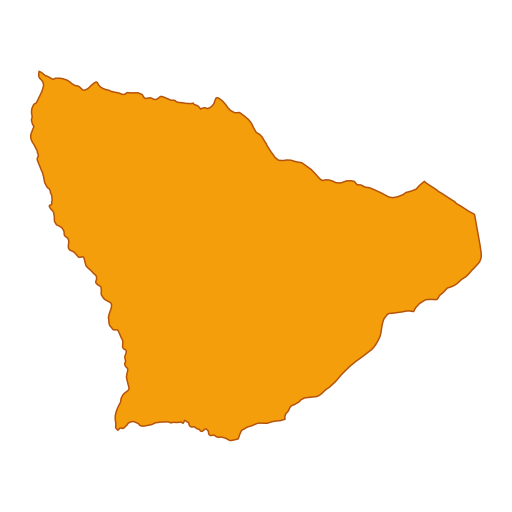 outline of Consacá, Nariño, Colombia
{"feature_id": "7082276B44735629456030", "entity_name": "Consacá", "entity_type": "district", "adm_level": 2, "iso_a3": "COL", "parent_name": "Colombia", "parent_adm1": "Nariño", "projection": "robinson", "projection_center": [-77.462, 1.209], "detail": "fine", "context": "isolated", "style": "filled", "palette": "amber", "viewbox_px": 512, "rotation_deg": 0, "n_neighbors": 0, "source": "geoboundaries", "source_scale": "gbopen_adm2", "svg_char_len": 5916}
<svg xmlns="http://www.w3.org/2000/svg" viewBox="0 0 512 512"><path d="M54.4,221.1L55.8,223.7L56.5,224.8L59.1,226.0L61.5,227.5L62.1,228.1L63.8,230.9L64.1,232.2L64.2,234.4L64.4,235.2L65.3,236.4L67.3,237.8L67.9,238.7L68.5,239.9L68.7,241.2L68.7,242.6L68.3,245.9L68.3,247.2L68.8,248.7L69.2,249.4L69.9,250.1L73.0,251.5L74.5,252.5L78.3,256.9L79.7,257.4L82.6,256.7L83.4,257.1L84.0,258.1L85.4,263.6L86.1,265.9L88.2,268.2L90.9,270.5L93.3,273.1L95.8,275.4L96.2,276.0L96.5,277.3L96.6,279.1L95.8,281.4L95.7,282.0L95.9,282.7L96.4,283.5L97.8,284.9L99.3,285.6L100.6,286.6L100.9,287.0L101.3,289.6L101.2,294.0L101.4,294.8L102.0,295.9L103.7,298.5L104.4,299.1L105.1,299.7L109.9,302.3L110.8,303.0L111.4,304.1L111.6,305.7L111.2,307.8L111.0,308.9L109.2,313.8L108.4,317.6L108.8,319.8L109.0,322.9L109.4,324.7L109.7,325.5L113.0,329.5L113.5,329.8L114.2,329.9L116.7,329.8L117.7,330.1L118.9,332.2L121.1,337.5L122.5,339.9L122.8,341.9L122.6,347.0L122.9,347.8L124.0,349.1L125.5,349.8L126.0,350.3L126.2,350.8L126.3,351.8L126.2,352.6L124.8,356.6L124.9,358.2L125.4,359.7L125.5,361.2L125.5,361.9L124.7,363.4L124.9,365.0L125.2,365.6L126.0,366.9L127.5,368.4L127.7,369.0L127.7,370.5L126.9,374.2L126.4,377.3L129.0,388.0L129.0,388.7L128.7,389.6L127.8,390.7L124.2,393.4L122.7,395.3L121.1,398.4L120.8,400.7L120.4,402.5L118.3,406.4L116.3,411.3L115.3,415.4L115.2,419.2L115.8,423.4L115.8,425.3L115.6,427.3L116.0,428.2L116.5,428.9L117.9,430.2L120.1,428.0L120.8,428.0L122.5,428.5L123.3,428.3L123.9,428.0L127.1,424.9L128.1,423.3L128.7,422.9L130.5,422.0L132.1,421.6L134.1,421.7L137.9,423.4L138.6,423.9L140.0,425.4L141.3,426.0L144.0,426.1L151.6,424.6L155.8,422.7L158.3,422.5L159.3,422.1L164.1,422.0L167.4,421.8L169.0,422.1L170.9,422.9L173.2,422.3L177.5,422.5L181.0,422.0L182.3,422.9L183.1,423.2L183.8,422.3L184.4,420.6L184.6,420.4L185.0,420.4L185.6,420.7L186.3,421.4L188.1,422.3L188.6,422.8L189.4,425.4L189.8,426.1L191.7,427.1L193.1,426.8L194.4,426.9L196.9,428.7L199.5,429.5L200.2,430.7L201.1,431.3L202.1,431.3L202.7,431.1L204.2,429.7L205.1,429.1L206.0,429.0L206.5,429.2L208.2,431.0L208.8,434.0L209.2,434.6L210.2,435.5L212.2,435.4L213.7,435.0L216.6,436.8L218.2,437.3L219.0,437.3L220.5,437.0L223.7,437.6L225.7,438.3L229.4,440.3L230.8,440.6L234.3,439.9L238.1,438.9L238.7,437.6L239.8,434.2L241.5,430.6L242.4,429.9L245.0,428.6L246.2,427.7L247.4,427.1L252.1,425.6L256.5,423.7L258.1,423.2L260.7,423.1L267.1,423.3L271.7,421.8L274.6,421.2L278.9,420.7L280.2,420.7L285.0,419.2L284.8,417.1L285.5,414.4L286.1,413.5L288.5,410.7L289.4,408.5L290.3,407.0L291.3,405.9L292.3,405.3L294.4,404.6L299.0,401.9L299.8,401.2L300.7,400.0L304.5,397.9L317.0,396.5L318.9,395.6L321.3,393.9L325.8,389.6L329.3,387.3L335.5,381.6L341.1,375.0L344.2,371.8L350.0,366.2L356.3,361.0L360.6,358.0L371.6,349.6L374.0,347.0L375.7,344.6L378.4,340.0L380.1,336.2L380.9,332.8L382.0,325.6L382.8,322.2L383.6,319.7L384.4,318.1L386.1,316.1L387.0,314.8L387.9,314.1L389.2,313.4L391.2,313.4L402.2,311.9L405.9,311.1L409.4,310.9L412.1,311.4L413.6,311.5L415.6,307.8L419.1,303.9L420.3,303.0L424.8,300.2L425.9,299.7L426.6,299.6L431.1,299.4L435.6,299.6L436.5,299.6L437.0,299.4L437.9,298.4L439.1,296.2L440.2,294.9L442.9,292.8L447.4,288.0L451.0,286.9L454.2,285.5L456.9,283.7L461.7,279.3L465.6,276.9L467.0,275.7L469.5,273.1L471.8,270.3L473.5,268.7L478.3,263.5L479.7,261.6L481.0,258.3L481.3,255.8L481.1,252.4L480.0,245.0L474.6,214.8L474.1,214.2L467.8,210.7L461.6,206.6L456.5,203.6L454.3,201.3L453.3,200.9L441.5,193.2L438.5,191.5L436.8,190.0L426.7,183.4L424.3,181.4L419.2,185.7L416.2,189.1L411.2,191.1L406.0,192.5L403.1,194.6L397.6,196.8L392.5,197.7L388.8,197.0L381.0,192.8L372.7,189.0L369.0,187.6L365.3,187.2L361.0,185.0L357.1,184.7L354.3,181.4L350.8,180.7L346.5,180.9L340.6,183.0L335.9,182.7L333.4,181.4L329.5,180.1L326.1,179.8L322.0,180.5L319.3,178.3L315.8,174.3L311.3,169.6L301.7,162.7L296.2,161.8L290.9,160.2L287.0,160.0L282.7,160.6L278.4,160.2L275.0,157.3L270.9,151.7L267.0,145.6L266.4,143.9L264.7,141.5L262.4,137.4L261.7,136.5L259.4,134.2L256.6,132.7L256.0,132.0L253.5,127.7L252.5,125.3L251.2,123.0L248.6,119.6L244.7,116.3L239.8,112.7L238.8,112.5L235.7,112.8L234.2,112.5L230.7,110.6L227.9,107.8L225.8,104.7L222.4,100.9L219.0,98.3L217.7,97.8L216.6,97.8L215.9,98.3L214.4,102.0L214.2,103.1L213.7,103.9L211.7,106.4L210.7,107.1L208.6,108.3L207.6,108.6L204.8,107.7L202.8,108.0L200.7,109.0L198.0,106.0L195.6,104.9L194.9,104.9L194.1,104.4L193.1,103.1L191.0,103.6L190.3,103.6L185.6,103.3L181.9,102.7L179.0,102.5L176.4,101.8L175.5,100.9L174.7,100.4L173.9,100.2L171.8,100.3L170.8,100.1L163.0,96.8L161.3,96.4L160.3,96.6L159.1,97.5L158.5,98.2L156.6,99.2L155.8,99.5L153.9,99.3L150.8,97.9L149.5,97.8L146.4,98.4L144.8,98.2L144.2,97.8L142.4,94.9L141.7,94.3L137.9,92.8L130.7,92.9L127.3,92.6L126.7,92.8L125.4,94.0L123.7,94.4L122.5,94.4L118.9,93.0L111.5,91.5L109.0,90.3L105.6,89.5L102.8,88.4L100.2,86.8L98.6,84.9L97.2,82.4L96.5,82.0L95.5,82.2L93.9,83.2L91.3,85.3L89.3,87.4L87.9,88.6L85.4,89.9L84.3,90.2L83.1,90.1L82.2,89.5L79.3,86.7L78.1,86.1L75.6,85.6L74.3,85.1L72.3,84.0L69.3,81.5L67.2,80.2L62.5,78.6L59.3,78.2L55.5,78.2L53.5,79.2L52.6,79.2L47.6,76.4L45.1,75.5L42.7,73.4L40.0,71.7L39.1,71.4L38.7,73.8L38.7,75.8L38.9,76.7L39.7,78.3L41.5,80.1L42.8,81.9L43.5,84.1L43.5,85.9L42.3,90.2L41.4,92.5L37.3,100.9L36.3,102.8L35.9,103.2L34.4,103.9L33.5,104.9L32.4,107.3L31.8,108.9L31.5,111.8L31.7,114.1L32.1,115.8L32.1,117.4L31.7,118.6L31.5,119.9L31.5,120.6L32.6,124.5L33.5,125.7L33.8,127.0L33.0,128.7L31.2,133.4L30.8,135.1L30.7,137.3L31.1,139.1L31.7,140.9L34.8,146.1L36.0,148.7L37.2,150.6L37.4,152.7L38.1,154.4L38.4,156.1L38.2,156.7L37.7,157.1L37.5,157.6L37.2,158.8L37.3,160.0L41.6,170.8L42.6,173.0L43.0,174.8L43.5,176.4L43.8,178.4L44.7,182.5L45.9,185.0L46.7,186.5L47.7,187.8L49.0,188.7L49.6,189.5L50.1,190.5L50.5,192.8L51.5,194.8L51.8,196.2L52.1,199.9L52.1,200.6L51.7,201.5L51.8,203.8L51.1,204.8L49.8,205.2L49.5,205.4L49.3,206.4L50.1,208.0L51.1,209.3L52.8,211.0L53.7,212.8L54.3,216.8L54.4,221.1Z" fill="#f59e0b" stroke="#b45309" stroke-width="1.5"/></svg>